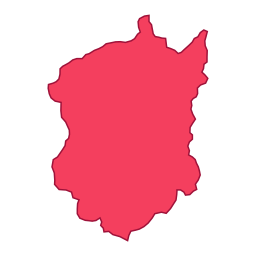 Bonito de Santa Fé, Paraíba, Brazil
{"feature_id": "56859067B84735993458743", "entity_name": "Bonito de Santa Fé", "entity_type": "district", "adm_level": 2, "iso_a3": "BRA", "parent_name": "Brazil", "parent_adm1": "Paraíba", "projection": "robinson", "projection_center": [-38.472, -7.289], "detail": "fine", "context": "isolated", "style": "filled", "palette": "rose", "viewbox_px": 256, "rotation_deg": 0, "n_neighbors": 0, "source": "geoboundaries", "source_scale": "gbopen_adm2", "svg_char_len": 1880}
<svg xmlns="http://www.w3.org/2000/svg" viewBox="0 0 256 256"><path d="M54.6,184.4L59.1,189.5L66.1,190.0L71.5,192.1L73.0,197.7L79.0,199.8L77.6,203.6L77.3,208.8L77.3,213.8L79.9,218.2L85.2,220.3L89.1,220.7L92.2,221.1L95.9,220.5L100.0,217.9L101.7,222.0L100.7,225.4L103.3,228.2L104.0,231.9L108.8,231.4L112.9,234.6L119.9,236.6L127.6,240.6L128.8,235.5L130.8,231.2L135.7,230.1L139.3,229.1L143.9,226.6L148.1,223.1L152.2,218.0L154.8,213.7L161.4,212.2L166.2,213.3L170.5,208.6L176.0,200.0L176.7,194.7L177.0,189.9L180.5,189.9L183.9,192.1L185.5,195.1L189.8,194.6L193.4,191.1L196.7,189.4L195.4,184.2L198.3,179.9L200.2,175.0L199.4,170.8L198.3,166.9L196.4,163.1L195.2,159.6L192.4,157.0L188.6,154.9L189.4,150.7L187.8,146.1L189.4,141.9L192.4,139.2L192.4,134.9L189.9,132.7L190.1,127.4L192.4,123.6L195.4,119.1L192.7,114.1L190.9,109.1L191.8,105.5L191.1,101.1L193.2,98.5L196.2,96.8L197.6,93.6L197.4,88.0L200.5,85.0L205.6,83.1L207.8,78.4L205.0,75.0L201.9,72.1L203.5,68.6L204.0,64.2L207.0,62.0L207.0,56.9L207.2,50.5L205.2,45.8L204.8,40.9L206.0,36.6L207.3,31.5L203.8,30.0L200.3,32.6L197.9,36.8L194.3,38.5L192.3,42.1L188.8,45.5L184.1,49.7L181.3,52.4L178.1,53.5L174.7,50.3L170.5,48.5L166.7,47.3L166.1,42.6L165.6,38.4L161.9,38.1L158.7,37.2L155.2,36.6L153.2,33.8L152.3,29.1L151.5,24.7L149.0,21.6L149.0,15.4L144.4,16.1L139.6,18.6L138.1,21.7L138.6,27.2L140.3,32.1L137.6,34.2L134.6,38.7L131.2,40.8L125.5,42.4L120.2,41.7L115.4,41.9L110.1,43.0L106.1,43.8L102.8,46.6L99.0,48.6L94.4,50.4L89.1,53.7L85.8,54.6L82.2,58.6L76.8,58.6L72.8,59.9L68.9,62.9L65.7,64.7L62.7,66.3L60.1,68.8L60.0,74.2L58.9,79.0L56.2,81.7L53.3,83.1L48.5,84.5L48.2,88.3L49.3,93.8L51.1,97.9L55.1,101.1L61.1,102.4L60.9,110.7L61.6,117.3L65.7,122.0L67.7,126.5L69.3,130.0L69.5,134.3L68.6,138.4L65.7,141.0L65.1,145.6L62.6,149.6L57.5,157.0L53.3,159.6L52.0,166.9L54.3,172.9L54.8,180.3L54.6,184.4Z" fill="#f43f5e" stroke="#9f1239" stroke-width="1.5"/></svg>